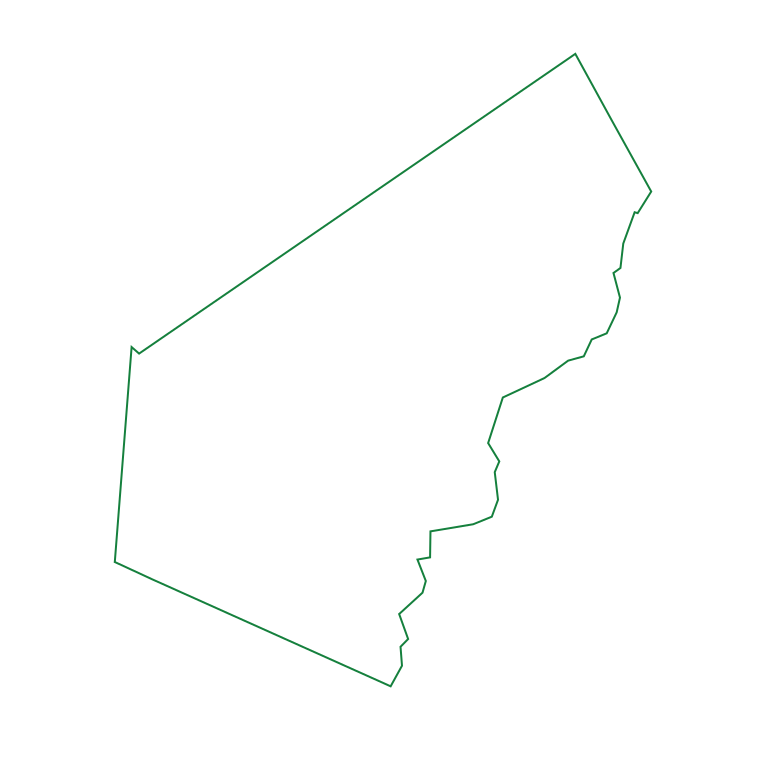 the district of Bee, Texas, United States of America, rotated 82°
{"feature_id": "52423323B86725714839987", "entity_name": "Bee", "entity_type": "district", "adm_level": 2, "iso_a3": "USA", "parent_name": "United States of America", "parent_adm1": "Texas", "projection": "robinson", "projection_center": [-97.679, 28.425], "detail": "fine", "context": "isolated", "style": "outline", "palette": "green", "viewbox_px": 768, "rotation_deg": 82, "n_neighbors": 0, "source": "geoboundaries", "source_scale": "gbopen_adm2", "svg_char_len": 619}
<svg xmlns="http://www.w3.org/2000/svg" viewBox="0 0 768 768"><g transform="rotate(82 384 384)"><path d="M154.8,121.7L83.7,148.6L319.8,622.3L312.3,628.8L522.1,675.2L522.8,675.4L545.1,640.8L684.3,419.5L665.5,405.4L646.5,404.2L639.9,395.6L613.9,401.0L596.0,374.9L584.9,370.0L562.5,375.3L562.1,362.5L536.4,358.5L535.3,315.2L530.4,295.7L514.5,287.2L486.7,286.6L476.7,280.6L457.0,289.1L413.9,268.2L400.4,224.2L386.5,198.4L384.4,182.3L368.8,172.1L364.8,156.4L345.4,143.6L331.3,138.3L306.0,141.3L302.0,133.7L278.2,127.5L248.8,111.9L250.1,109.0L230.6,92.6L154.8,121.7Z" fill="none" stroke="#15803d" stroke-width="2"/></g></svg>